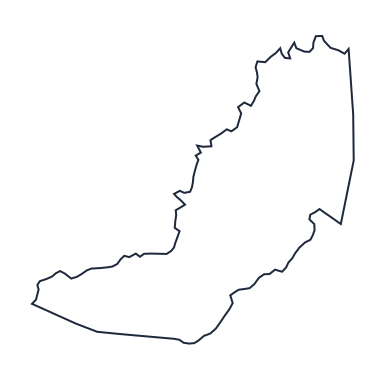 Treze Tílias, Santa Catarina, Brazil (Albers equal-area conic projection), rotated 268°
{"feature_id": "56859067B72838427404222", "entity_name": "Treze Tílias", "entity_type": "district", "adm_level": 2, "iso_a3": "BRA", "parent_name": "Brazil", "parent_adm1": "Santa Catarina", "projection": "albers", "projection_center": [-51.444, -26.941], "detail": "fine", "context": "isolated", "style": "outline", "palette": "slate", "viewbox_px": 384, "rotation_deg": 268, "n_neighbors": 0, "source": "geoboundaries", "source_scale": "gbopen_adm2", "svg_char_len": 1861}
<svg xmlns="http://www.w3.org/2000/svg" viewBox="0 0 384 384"><g transform="rotate(268 192 192)"><path d="M154.8,339.6L217.8,354.7L263.7,355.8L329.5,353.5L324.9,349.3L328.6,343.1L331.2,335.6L335.3,331.9L338.7,329.1L343.4,327.6L343.4,321.2L337.2,318.6L331.6,318.0L328.0,314.4L328.4,309.1L332.1,301.3L337.7,299.4L332.4,295.8L328.2,293.0L322.1,294.8L322.7,289.6L327.1,286.5L332.6,285.2L328.2,280.9L324.5,275.6L319.2,269.7L320.2,261.9L314.4,259.9L309.1,261.1L304.5,261.6L297.8,260.1L290.4,262.9L285.4,259.1L281.0,257.1L276.1,253.9L279.6,247.4L275.2,241.0L268.8,243.9L261.0,241.3L255.2,239.4L251.3,233.5L253.4,228.9L249.4,223.1L245.7,216.5L243.2,212.3L237.0,213.0L236.8,204.8L238.2,198.8L231.1,202.2L228.2,197.0L223.9,199.5L219.8,197.8L213.3,195.7L207.0,193.9L201.5,193.2L196.7,192.1L192.3,190.1L191.4,184.3L193.6,179.9L190.7,174.0L187.3,176.9L183.8,180.8L179.6,184.6L177.1,180.2L174.3,175.1L169.5,175.4L163.5,174.3L156.8,173.5L153.3,178.2L148.0,176.1L141.4,173.4L137.2,172.1L133.8,169.1L131.0,164.5L131.4,157.2L131.9,148.9L131.9,141.9L129.1,137.8L132.4,133.7L129.1,127.0L130.6,122.1L127.1,118.2L122.7,114.8L120.3,109.9L119.7,105.1L119.2,98.0L119.0,88.9L117.4,84.3L113.9,78.9L111.2,73.9L109.7,68.3L115.0,61.9L117.6,57.4L115.5,53.0L112.5,49.4L110.2,43.7L108.2,36.8L104.4,34.2L100.0,35.3L95.2,33.9L89.9,32.4L85.8,28.2L64.5,71.4L55.6,92.4L52.8,113.3L51.3,125.1L45.9,169.2L44.7,174.3L41.6,178.4L40.6,183.9L40.9,189.0L43.4,193.4L47.8,198.9L49.9,205.3L54.7,211.1L61.0,215.9L67.4,220.5L73.4,225.2L79.6,228.8L87.4,226.6L90.5,231.4L92.7,235.3L93.3,241.5L93.9,246.2L97.8,251.1L103.8,255.8L107.3,261.2L107.3,266.6L111.5,272.3L109.2,279.2L113.1,283.3L118.3,286.0L122.1,289.8L127.1,292.9L132.6,297.3L137.5,303.0L140.2,308.7L144.8,311.3L149.7,313.2L155.7,313.1L160.5,308.4L165.2,309.4L167.6,314.4L170.5,318.8L154.8,339.6Z" fill="none" stroke="#1e293b" stroke-width="2"/></g></svg>